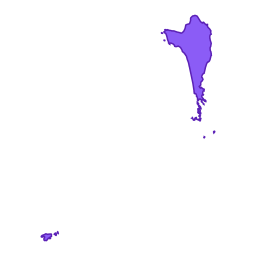 Phu Quoc, Kiên Giang, Vietnam
{"feature_id": "81297802B871478188231", "entity_name": "Phu Quoc", "entity_type": "district", "adm_level": 2, "iso_a3": "VNM", "parent_name": "Vietnam", "parent_adm1": "Kiên Giang", "projection": "mercator", "projection_center": [103.915, 9.853], "detail": "fine", "context": "isolated", "style": "filled", "palette": "violet", "viewbox_px": 256, "rotation_deg": 0, "n_neighbors": 0, "source": "geoboundaries", "source_scale": "gbopen_adm2", "svg_char_len": 5707}
<svg xmlns="http://www.w3.org/2000/svg" viewBox="0 0 256 256"><path d="M202.3,22.9L201.5,22.5L200.4,21.4L197.2,16.2L195.8,15.6L194.9,15.4L193.9,15.8L192.9,15.9L192.4,16.2L190.8,17.8L190.6,18.5L190.6,20.3L190.3,21.5L189.7,23.2L189.4,23.7L188.6,24.0L187.3,24.3L186.5,24.6L185.8,25.0L185.1,28.4L183.9,31.0L182.6,32.4L181.7,33.0L181.1,33.1L180.5,33.0L180.0,32.6L179.4,32.6L179.2,32.5L176.5,31.9L176.0,31.6L175.3,31.5L174.7,31.1L173.8,31.0L173.5,30.9L171.8,30.9L170.8,30.5L169.3,30.4L169.0,30.2L168.6,30.2L167.8,29.7L167.6,29.7L167.2,30.2L166.8,30.3L166.5,30.2L166.2,29.7L165.1,29.6L164.9,29.7L164.8,29.8L165.1,30.4L165.1,31.0L164.5,31.5L164.4,32.1L164.1,32.1L164.2,32.3L164.1,32.6L164.4,32.8L164.7,32.8L165.7,33.4L166.0,34.1L166.5,35.3L167.1,37.4L167.6,39.7L168.7,42.4L168.5,42.9L168.6,43.1L169.2,43.5L169.4,44.2L169.7,44.3L169.5,43.7L170.1,43.2L170.8,43.1L171.3,43.2L172.1,43.5L173.3,44.1L174.4,45.3L174.7,46.3L175.4,46.6L176.7,46.6L178.1,46.1L179.6,46.8L180.5,47.6L181.1,48.5L181.7,49.6L182.2,50.6L182.2,51.1L182.7,51.9L183.3,52.2L183.9,52.9L184.5,53.2L184.8,53.7L184.7,53.9L185.4,54.5L185.6,55.2L186.1,55.7L186.5,56.5L187.4,59.8L187.7,60.3L187.7,60.6L187.9,61.0L188.5,62.7L189.1,65.4L189.1,65.9L189.3,66.2L192.9,83.3L194.1,91.2L194.0,91.9L194.3,92.5L194.2,93.2L194.5,93.5L194.8,93.5L195.0,93.7L195.4,93.6L195.7,93.7L196.1,94.3L196.6,95.5L196.5,96.3L197.2,97.0L197.3,97.9L197.5,98.2L197.7,99.1L197.5,99.5L197.6,100.2L197.9,100.7L198.5,100.6L198.7,99.5L199.6,99.1L200.2,99.1L200.5,99.2L201.1,99.7L201.9,100.6L202.3,99.8L203.0,99.5L203.4,99.6L203.6,99.8L203.7,100.2L204.0,100.5L204.4,100.7L204.6,101.2L205.8,101.6L205.9,101.0L205.4,100.3L204.9,99.9L204.5,100.3L204.0,100.1L203.6,99.5L203.4,98.8L202.8,98.2L201.8,96.7L201.8,95.8L202.2,95.0L202.5,94.8L203.1,95.1L203.2,94.9L203.4,94.7L202.7,94.0L202.7,92.4L202.9,91.7L203.3,90.9L203.5,90.8L203.8,90.9L204.1,90.9L204.0,90.2L204.2,89.6L204.2,89.3L204.0,89.1L203.7,89.0L202.8,88.8L202.5,88.4L201.2,87.4L201.0,87.9L200.7,88.1L200.3,88.0L199.7,87.4L199.2,86.5L199.4,86.2L199.7,86.3L200.8,84.9L200.7,83.3L201.0,82.0L201.8,81.2L202.0,81.1L202.2,80.9L203.0,79.4L202.3,77.7L201.7,77.2L201.8,76.2L202.1,75.3L202.8,74.1L204.2,73.1L204.1,72.9L204.3,72.5L205.3,68.2L205.3,67.9L206.6,63.8L207.4,62.4L208.0,61.9L208.3,62.0L208.5,61.9L208.8,61.4L209.0,61.4L209.4,61.0L210.0,59.7L210.6,57.3L210.9,56.0L211.4,55.3L211.2,54.4L211.2,53.3L211.0,52.6L210.9,51.8L210.3,50.6L210.1,49.0L210.1,47.7L210.8,46.1L210.9,44.9L211.2,43.8L211.2,43.5L211.1,42.9L210.1,39.8L210.1,39.0L209.8,38.4L209.8,37.5L209.8,36.2L210.1,35.1L210.7,34.4L211.2,34.2L210.6,32.2L210.7,31.4L210.8,31.4L210.9,30.9L210.6,30.4L210.0,29.7L210.0,29.4L209.7,29.2L209.4,28.7L208.2,27.6L207.7,26.9L207.5,26.0L206.8,25.3L206.8,24.9L207.0,24.8L207.5,24.7L207.5,24.4L207.1,24.3L206.7,24.8L205.8,24.6L204.2,23.0L203.9,22.5L203.6,22.3L203.1,22.3L202.9,22.8L202.7,23.0L202.3,22.9ZM47.3,234.3L46.2,233.9L45.6,233.9L44.4,234.6L42.2,235.4L41.6,236.0L41.3,236.3L41.3,236.8L41.8,237.1L42.2,237.1L43.8,236.5L44.2,236.6L44.6,236.9L44.6,237.6L43.9,238.8L43.9,239.2L44.2,240.3L44.7,240.6L44.9,240.6L45.6,240.4L46.4,240.6L46.6,240.5L47.7,239.2L48.2,238.3L49.3,237.9L50.0,237.2L50.6,236.9L51.2,236.7L51.5,236.4L51.4,235.6L51.5,234.4L51.3,234.1L50.9,234.0L49.2,234.1L47.3,234.3ZM198.7,108.8L198.4,108.6L197.9,108.8L197.9,109.5L198.2,109.7L198.4,110.2L198.3,110.6L198.0,110.9L198.3,111.2L198.5,111.3L198.5,111.9L198.2,112.1L198.1,112.4L197.9,112.4L198.0,112.7L198.5,112.9L198.6,113.2L198.9,113.1L199.3,113.3L199.5,113.5L199.5,113.8L199.8,114.1L200.2,114.3L200.4,113.9L200.7,113.8L200.8,113.1L200.7,112.8L200.1,112.5L199.9,112.0L200.0,111.5L200.3,111.2L200.3,110.9L200.2,110.3L199.4,109.0L199.2,108.9L199.0,109.0L198.9,108.8L198.7,108.8ZM200.4,107.5L200.5,107.0L200.3,106.6L199.8,106.2L199.6,105.8L199.1,105.5L198.5,105.7L198.7,106.4L199.2,106.9L199.3,107.7L200.0,107.8L200.6,108.6L201.0,108.7L201.0,108.4L200.7,107.6L200.4,107.5ZM56.0,235.4L56.3,235.1L56.4,233.9L55.6,233.1L55.3,233.1L54.3,234.0L54.2,234.2L54.4,234.4L55.2,234.6L55.7,235.3L56.0,235.4ZM198.5,104.2L198.6,103.5L198.1,103.0L197.3,102.3L197.3,103.8L197.9,104.4L198.5,104.2ZM199.5,116.6L200.3,116.1L200.4,115.8L200.0,115.4L199.3,115.5L199.0,115.8L199.0,116.3L199.5,116.6ZM213.9,132.9L214.5,132.3L214.7,131.4L214.4,131.2L213.9,131.4L213.6,131.8L213.6,132.1L213.8,132.4L213.9,132.9ZM196.4,117.8L196.3,117.5L196.1,117.5L195.6,117.7L195.6,117.8L195.3,117.8L195.1,118.1L195.4,118.3L195.9,118.4L196.5,119.0L196.6,118.9L196.4,118.0L196.4,117.8ZM194.6,119.5L193.9,119.2L193.6,119.4L193.3,119.5L193.2,119.7L193.5,120.1L194.2,120.2L194.6,120.0L194.7,119.7L195.0,119.6L195.0,119.4L194.6,119.5ZM58.2,233.5L58.3,233.3L58.0,232.6L57.9,232.0L57.7,231.8L57.3,232.3L57.9,233.2L58.2,233.5ZM199.1,119.5L199.4,119.3L199.4,119.1L198.8,119.5L198.2,119.3L197.8,119.7L198.3,119.9L198.7,119.8L198.9,120.1L199.1,120.0L199.0,119.9L199.1,119.5ZM200.3,118.4L200.3,118.0L200.0,117.9L199.9,118.5L200.1,118.6L200.1,118.8L200.8,118.9L200.9,118.7L200.7,118.3L200.5,118.2L200.3,118.4ZM50.2,238.6L50.4,238.5L50.2,238.1L49.8,238.1L49.6,238.2L49.6,238.6L50.2,238.6ZM204.7,137.2L204.7,136.9L204.3,136.7L204.3,137.1L203.9,137.4L204.0,137.7L204.2,137.8L204.7,137.2ZM202.5,102.3L201.4,101.4L201.4,101.6L201.6,101.7L201.6,101.9L202.4,102.4L202.6,102.8L202.6,102.7L202.5,102.3ZM161.7,32.7L161.5,32.9L161.6,33.2L161.9,33.3L162.3,33.3L162.2,32.9L161.7,32.7ZM164.2,40.1L164.1,40.5L164.5,40.7L164.8,40.6L164.7,40.2L164.2,40.1ZM203.9,104.4L203.9,104.0L203.6,103.9L202.9,103.1L203.2,103.9L203.9,104.4ZM200.0,120.9L200.4,120.4L200.3,120.0L200.0,120.1L200.0,120.7L199.9,120.8L200.0,120.9ZM192.5,118.3L192.5,117.7L192.4,117.6L192.2,118.2L191.9,118.3L192.2,118.5L192.5,118.3Z" fill="#8b5cf6" stroke="#5b21b6" stroke-width="1.5"/></svg>